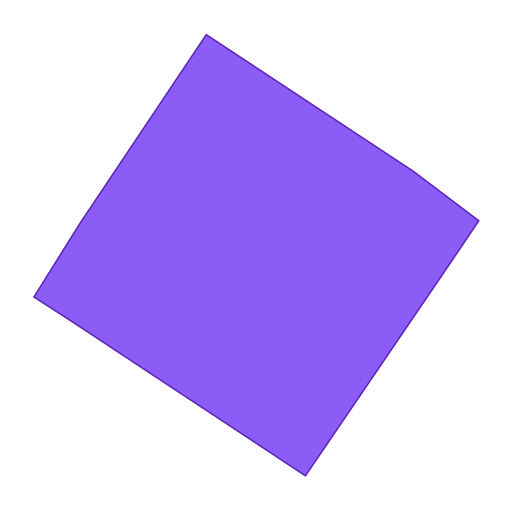 Jasper, Illinois, United States of America (Robinson projection), rotated 214°
{"feature_id": "52423323B45036173562792", "entity_name": "Jasper", "entity_type": "district", "adm_level": 2, "iso_a3": "USA", "parent_name": "United States of America", "parent_adm1": "Illinois", "projection": "robinson", "projection_center": [-88.173, 39.011], "detail": "fine", "context": "isolated", "style": "filled", "palette": "violet", "viewbox_px": 512, "rotation_deg": 214, "n_neighbors": 0, "source": "geoboundaries", "source_scale": "gbopen_adm2", "svg_char_len": 273}
<svg xmlns="http://www.w3.org/2000/svg" viewBox="0 0 512 512"><g transform="rotate(214 256 256)"><path d="M91.0,353.0L91.0,409.8L172.9,414.2L421.0,411.7L420.2,185.8L417.2,97.8L371.7,98.7L92.1,101.4L91.0,353.0Z" fill="#8b5cf6" stroke="#5b21b6" stroke-width="1.5"/></g></svg>